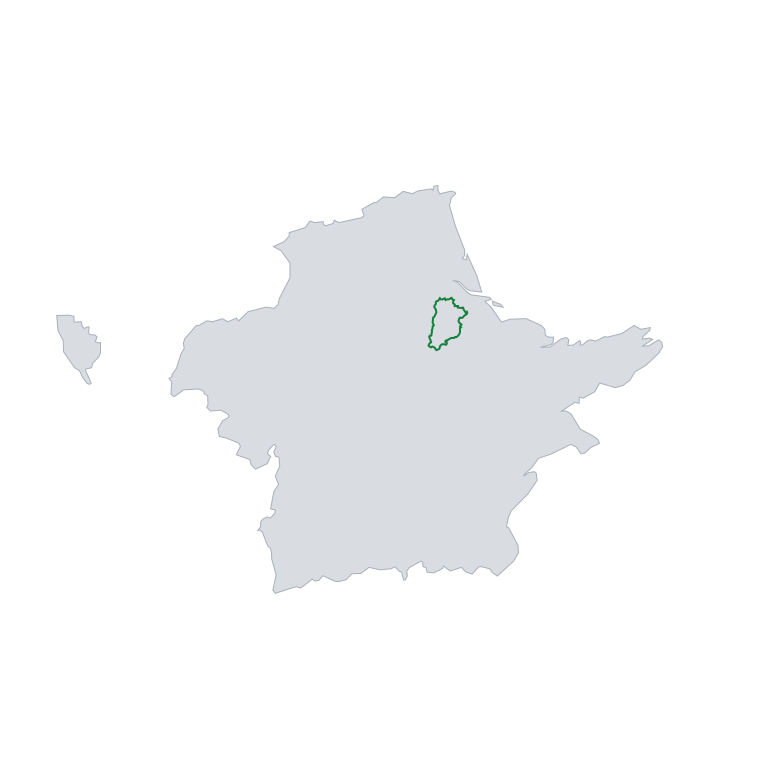 Charente highlighted on a map of France, rotated 150°
{"feature_id": "FRA-5277", "entity_name": "Charente", "entity_type": "Metropolitan department", "adm_level": 1, "iso_a3": "FRA", "parent_name": "France", "parent_adm1": "", "projection": "natural_earth1", "projection_center": [0.293, 45.665], "detail": "fine", "context": "in_parent", "style": "outline", "palette": "green", "viewbox_px": 768, "rotation_deg": 150, "n_neighbors": 0, "source": "natural_earth", "source_scale": "10m", "svg_char_len": 6074}
<svg xmlns="http://www.w3.org/2000/svg" viewBox="0 0 768 768"><g transform="rotate(150 384 384)"><path d="M566.5,320.1L562.2,322.2L559.6,326.4L556.9,327.4L551.9,327.4L549.4,324.8L543.4,326.5L541.0,329.2L544.7,332.5L533.1,346.0L525.6,349.6L524.2,358.5L515.3,365.1L512.1,372.1L511.9,373.5L514.2,375.8L513.4,380.3L508.9,383.3L509.0,386.2L510.3,386.6L517.2,384.3L519.8,381.6L518.3,377.9L525.2,373.4L537.8,374.5L539.5,380.5L538.0,385.6L547.3,396.6L539.6,401.7L539.2,405.1L547.6,416.2L552.8,420.8L550.3,428.2L541.8,433.0L536.3,432.6L534.0,433.8L534.3,436.1L538.3,442.9L547.7,447.3L549.2,452.4L546.7,454.2L542.6,461.9L544.5,465.7L543.9,467.4L544.9,470.0L547.4,472.6L560.4,479.1L572.1,477.9L573.6,481.7L566.8,491.8L567.3,496.3L563.7,496.4L563.1,498.0L556.0,501.3L544.7,511.6L539.3,514.6L537.2,519.8L534.1,522.7L517.5,528.5L514.4,527.2L506.2,527.4L501.1,523.6L491.3,521.3L488.0,515.9L478.9,514.9L478.4,511.3L465.7,514.6L447.7,509.6L441.3,504.4L436.1,505.8L431.6,510.5L412.4,522.9L404.9,535.8L406.5,550.9L411.0,558.3L399.2,557.2L392.2,559.4L390.4,562.5L373.7,558.8L367.6,561.9L365.9,561.7L363.7,558.6L355.5,555.0L356.7,552.5L355.6,550.3L347.9,548.5L345.2,550.7L342.3,546.3L320.7,539.4L317.2,539.5L315.8,546.3L302.0,546.2L300.0,544.9L291.0,546.3L281.5,540.0L271.0,541.2L264.5,534.7L258.2,534.2L249.3,530.9L245.3,529.1L244.8,527.2L242.2,530.2L238.8,529.5L238.1,528.6L240.3,525.0L240.7,520.8L229.7,517.6L226.7,514.6L226.7,513.0L232.7,511.6L238.1,505.7L243.3,484.6L247.2,459.6L249.9,454.9L253.4,453.6L250.6,450.2L247.2,454.7L249.4,431.8L253.4,414.7L262.7,421.7L264.8,424.8L267.5,435.0L272.7,439.3L269.3,435.1L266.0,421.5L264.0,417.7L249.3,406.3L248.8,403.7L255.3,405.1L252.7,396.6L251.3,378.9L242.4,377.1L228.2,369.5L218.5,356.0L217.4,350.9L220.0,345.5L217.8,342.1L213.7,339.8L216.9,335.2L219.8,334.7L230.1,337.4L221.7,333.0L208.1,334.5L202.7,333.0L201.8,329.8L205.5,325.7L201.0,323.1L193.2,323.7L192.3,322.7L194.6,319.7L192.7,318.6L186.3,319.7L182.7,318.8L179.4,315.4L169.2,314.7L166.9,312.8L152.9,308.9L138.1,309.6L134.1,302.9L125.2,299.7L127.0,297.6L136.0,295.6L137.8,293.7L131.3,291.0L129.0,288.3L141.1,287.6L135.7,284.7L124.0,284.9L122.6,280.9L124.2,276.9L131.0,273.2L148.0,269.2L160.3,269.1L169.0,264.4L177.6,263.2L185.7,265.4L196.7,277.0L205.5,271.9L218.6,272.1L221.3,274.9L224.8,269.7L227.7,272.7L243.7,271.7L240.0,269.7L237.0,264.8L236.6,246.7L228.5,233.6L226.5,228.9L227.0,224.9L236.6,225.6L244.5,223.8L248.3,225.0L249.1,233.4L252.4,238.3L274.4,239.8L287.1,242.4L297.8,237.7L307.8,235.5L308.6,234.4L302.8,234.9L297.5,232.8L296.8,230.6L299.6,224.0L314.8,216.7L337.1,210.6L342.8,206.5L349.3,199.1L347.9,197.2L348.7,177.1L352.0,170.5L360.4,165.8L381.9,161.0L384.7,167.4L384.6,170.9L390.4,176.6L393.2,178.3L402.6,175.3L407.2,180.5L408.6,186.5L420.1,188.9L423.5,196.7L425.5,195.0L432.7,195.3L436.0,196.0L440.7,199.4L439.4,204.0L441.5,206.3L439.6,210.5L441.0,212.3L454.1,212.3L458.0,210.4L459.7,206.1L463.6,203.6L465.1,204.4L462.8,212.4L464.6,214.4L465.7,220.1L470.6,220.6L480.4,225.1L488.7,232.7L498.7,231.5L506.7,235.7L514.8,233.4L522.6,235.8L525.3,238.0L532.8,248.6L538.3,246.5L542.2,247.7L543.6,250.8L558.3,249.0L561.0,252.0L564.1,253.1L582.9,257.1L583.3,261.1L572.9,272.5L568.7,288.7L565.7,294.3L564.6,298.6L565.6,301.4L565.2,305.8L563.3,316.4L564.6,319.5L566.5,320.1ZM641.7,540.9L641.0,547.8L643.8,552.7L645.4,572.3L640.2,581.8L639.6,593.3L633.1,607.0L622.1,600.9L618.8,597.6L621.5,592.3L615.2,589.5L616.5,584.4L615.8,581.9L611.4,581.6L611.1,580.3L614.2,576.4L614.1,573.9L609.8,570.9L608.9,568.2L612.9,565.2L610.9,562.4L608.7,561.7L613.9,552.8L617.5,550.1L625.9,547.6L629.2,544.3L634.8,546.1L635.7,545.2L637.1,531.1L639.0,530.9L640.8,532.8L641.7,540.9ZM250.0,397.6L248.7,401.6L243.1,394.7L242.4,390.9L250.0,397.6Z" fill="#d9dde1" stroke="#a8b0b8" stroke-width="1"/><path d="M285.3,403.5L286.4,402.8L287.5,401.8L288.1,400.9L288.2,400.2L288.2,399.6L287.2,396.8L287.2,396.6L288.1,396.5L289.1,396.1L289.6,395.5L289.0,394.6L289.8,394.4L290.5,394.0L290.9,393.4L291.3,392.5L292.3,390.8L294.0,389.5L296.0,388.7L297.7,388.4L298.3,388.6L298.7,389.0L299.2,389.2L299.9,388.8L300.8,389.1L302.4,390.1L303.1,390.3L307.3,390.3L308.8,390.7L309.3,390.5L309.8,389.5L308.8,388.8L309.2,387.9L309.5,387.5L309.9,387.2L310.4,387.0L310.9,387.1L311.2,387.4L311.6,387.9L312.8,389.0L314.5,389.4L316.2,389.0L317.4,387.9L318.0,387.2L318.4,386.9L318.7,386.8L321.6,387.1L321.9,388.3L322.0,388.7L322.0,389.0L321.9,389.5L321.9,389.8L322.0,390.1L322.1,390.4L322.2,390.7L323.4,392.3L323.7,392.4L324.0,392.4L324.5,392.2L324.8,392.2L325.1,392.4L325.3,392.7L326.2,394.4L326.2,394.8L326.0,395.2L325.4,395.7L325.0,396.0L324.5,396.2L324.1,396.4L323.7,396.5L323.4,396.6L322.7,396.5L322.4,396.6L322.1,396.8L322.0,397.3L322.0,398.0L322.0,398.3L321.9,398.6L321.8,399.0L321.7,399.4L321.5,401.3L321.4,402.0L321.2,402.3L321.0,402.5L320.8,402.7L320.0,402.8L319.7,402.6L319.1,402.3L318.8,402.3L318.5,402.5L318.2,403.1L318.0,403.6L317.6,404.0L316.9,404.4L316.6,404.7L315.8,406.5L314.5,407.6L313.9,408.3L313.2,409.4L312.9,409.7L312.5,409.7L312.1,409.7L311.7,409.8L311.5,410.0L311.4,410.3L311.3,410.6L311.4,411.6L311.3,412.0L311.3,412.4L311.0,413.1L310.8,413.5L309.9,414.5L308.9,416.2L308.5,416.7L308.1,417.0L307.9,417.0L307.6,416.9L306.9,417.1L303.2,419.5L302.9,419.8L302.7,420.1L302.5,420.6L302.0,422.4L301.9,423.0L301.9,423.6L302.0,424.8L302.0,425.2L301.8,425.8L301.4,426.2L300.7,426.7L300.2,427.0L299.2,427.3L299.0,427.5L298.9,427.7L298.8,427.9L298.5,428.6L298.2,429.0L297.9,429.2L297.5,429.4L297.2,429.4L296.9,429.3L296.3,429.1L296.0,429.0L295.7,429.0L295.3,429.1L292.7,430.4L292.5,428.9L291.4,428.1L288.5,427.8L288.7,425.9L287.5,425.9L284.9,424.7L283.6,424.9L283.0,425.1L282.6,425.0L282.3,424.6L282.3,423.9L282.4,423.5L282.5,423.3L282.5,423.1L282.3,422.7L281.4,421.9L282.8,420.9L283.4,420.1L283.7,419.2L283.0,417.5L283.1,417.2L283.8,416.1L281.0,414.6L281.3,414.3L281.7,413.6L281.9,413.3L278.7,411.0L277.4,410.7L277.4,410.1L277.8,408.6L277.6,406.0L277.6,405.1L276.1,405.2L276.3,404.0L276.9,403.4L277.7,403.2L279.8,403.1L282.9,402.2L283.8,402.4L284.5,403.2L285.3,403.5Z" fill="none" stroke="#15803d" stroke-width="2"/></g></svg>